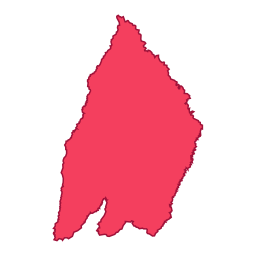 outline of Gaúcha do Norte, Mato Grosso, Brazil
{"feature_id": "56859067B19542513591026", "entity_name": "Gaúcha do Norte", "entity_type": "district", "adm_level": 2, "iso_a3": "BRA", "parent_name": "Brazil", "parent_adm1": "Mato Grosso", "projection": "orthographic", "projection_center": [-53.491, -12.873], "detail": "fine", "context": "isolated", "style": "filled", "palette": "rose", "viewbox_px": 256, "rotation_deg": 0, "n_neighbors": 0, "source": "geoboundaries", "source_scale": "gbopen_adm2", "svg_char_len": 5796}
<svg xmlns="http://www.w3.org/2000/svg" viewBox="0 0 256 256"><path d="M168.9,219.2L169.9,217.9L170.4,218.0L170.4,217.2L171.2,217.2L170.5,214.1L169.5,212.6L170.9,212.3L171.1,211.4L172.0,210.8L171.3,207.6L170.4,207.1L170.9,206.1L169.7,206.0L169.6,204.6L170.3,204.8L172.2,203.7L171.0,202.3L172.3,201.0L172.6,199.3L172.2,197.9L173.3,197.3L172.8,196.8L174.9,195.5L175.1,193.7L175.9,192.9L175.7,192.2L177.0,191.2L176.3,191.1L176.1,190.2L177.5,189.1L176.9,188.3L178.5,187.4L177.9,186.4L179.4,185.1L178.5,184.4L179.9,184.2L179.8,182.8L179.2,182.6L179.4,181.9L180.6,181.4L180.2,180.2L181.4,179.7L181.5,180.5L182.0,180.5L181.7,178.4L182.6,178.3L183.1,176.4L184.7,175.4L184.6,174.7L183.7,174.4L183.9,173.9L183.2,173.9L184.7,173.2L185.1,172.3L185.7,172.4L185.2,171.4L186.0,170.7L184.6,169.9L186.3,168.6L186.3,168.0L187.8,169.6L187.6,168.4L190.3,166.9L190.1,164.7L191.3,164.6L190.5,162.4L191.3,161.9L192.3,162.5L192.0,160.9L192.7,160.2L192.1,159.3L192.8,159.0L191.9,158.2L191.1,159.0L190.9,155.7L192.1,155.5L192.1,156.7L192.5,156.7L192.4,154.4L193.6,154.1L192.7,152.9L194.0,153.1L193.1,151.1L194.1,150.7L193.5,150.0L194.5,149.3L195.2,150.1L195.6,149.8L194.3,148.2L196.4,146.6L195.7,145.9L195.4,144.9L195.9,144.0L195.0,143.4L194.8,141.7L196.1,140.7L196.1,139.5L197.7,139.5L196.8,138.2L197.8,138.1L198.1,137.4L199.4,136.6L198.6,135.9L199.4,135.3L199.5,134.4L200.5,135.7L200.7,135.3L200.3,131.4L201.2,128.7L202.4,129.0L202.4,125.2L200.5,124.5L200.2,122.4L198.6,121.9L198.4,120.7L193.5,118.4L193.0,117.5L193.4,116.1L192.7,115.2L190.7,114.9L190.6,114.1L193.8,111.7L192.4,111.1L189.6,112.6L189.2,110.1L189.5,108.4L188.3,109.0L187.9,108.3L188.3,105.3L186.5,103.2L185.5,103.9L185.1,103.5L187.0,101.8L186.7,100.0L187.7,100.1L188.0,98.9L190.2,98.3L189.3,96.8L189.7,95.8L187.3,93.7L184.3,93.4L184.6,90.2L183.5,89.5L182.8,87.5L181.4,86.1L180.1,86.0L179.6,88.7L178.7,88.7L178.2,87.7L179.1,85.5L178.8,84.7L178.1,84.4L176.7,85.4L176.1,85.1L176.2,83.9L177.1,82.9L176.8,81.8L175.5,81.5L174.6,80.4L170.7,79.0L170.1,76.9L168.3,75.2L168.5,72.9L167.6,70.7L169.1,69.2L166.8,67.0L166.9,65.4L164.0,64.8L164.4,62.8L164.0,62.1L161.9,62.5L159.8,60.7L158.5,57.6L158.5,55.3L156.1,55.7L154.8,57.5L153.9,54.9L152.1,53.9L151.8,52.5L149.8,50.7L148.2,50.2L147.7,51.5L146.8,50.9L144.7,50.7L144.6,50.0L146.0,48.4L145.5,47.6L143.8,47.0L143.4,45.9L145.7,43.3L144.7,42.1L141.3,41.0L140.8,39.2L141.0,35.1L140.4,34.3L139.0,33.9L138.5,32.7L139.1,30.1L136.4,29.5L135.6,28.7L135.8,26.1L134.8,25.3L133.0,25.4L132.3,23.8L129.4,22.6L128.2,20.7L127.3,20.6L126.1,21.7L125.1,21.8L123.3,16.7L121.4,17.6L120.5,16.8L119.3,16.7L118.5,15.4L117.9,15.5L116.8,16.3L116.9,17.8L119.2,22.2L119.6,25.2L118.1,25.5L117.7,26.4L117.5,27.9L118.1,29.5L117.3,31.9L116.5,32.0L116.1,34.2L113.0,36.1L113.1,38.3L111.3,39.9L111.6,40.2L111.0,41.8L111.8,44.9L111.3,45.9L110.2,45.9L110.8,47.9L110.4,48.8L108.0,50.4L106.8,52.4L105.5,52.6L105.8,53.3L104.7,55.8L103.5,56.2L103.6,57.8L102.5,58.4L101.5,59.9L101.5,60.9L100.0,64.6L98.7,66.0L97.5,65.8L97.0,66.5L96.6,67.4L97.2,68.4L96.3,69.3L95.7,71.4L94.3,72.2L93.8,73.5L92.5,73.5L91.6,74.6L90.4,74.6L90.2,76.3L89.5,76.3L88.7,78.0L88.8,79.2L87.6,79.9L87.6,81.8L88.2,82.3L87.7,86.5L89.0,87.0L89.0,89.0L90.3,89.7L90.5,90.9L89.1,94.0L87.9,94.7L86.9,96.9L87.5,97.8L87.4,99.0L87.0,98.9L87.4,100.7L86.7,100.7L86.1,101.9L86.8,102.6L85.5,103.3L85.9,104.7L85.4,104.6L84.8,106.5L83.7,106.2L82.5,107.7L82.8,109.1L82.0,109.4L82.5,112.2L84.0,113.2L83.4,113.3L83.4,114.8L82.8,115.0L83.2,116.9L82.5,117.4L82.5,118.4L81.1,118.8L80.3,119.9L79.8,122.1L79.0,122.2L79.2,123.3L76.7,124.4L77.3,126.1L75.9,127.8L76.8,128.6L76.3,128.5L74.7,130.9L74.7,130.2L73.0,131.0L73.2,131.9L71.9,132.9L72.5,134.5L71.7,135.6L71.4,137.7L70.9,137.6L69.6,139.5L68.1,140.0L67.6,141.0L66.1,141.2L65.9,143.2L64.7,145.0L65.7,146.9L65.8,149.6L66.6,149.9L66.6,153.6L65.7,156.2L64.1,157.8L63.4,159.6L63.1,161.1L63.8,163.0L62.8,164.3L63.0,167.8L61.2,172.7L62.3,174.4L63.3,178.4L63.2,182.4L62.5,185.1L63.3,186.3L62.7,186.9L62.2,186.7L61.2,188.3L61.6,189.5L61.1,190.5L61.9,191.5L62.0,193.1L61.3,195.9L61.6,196.4L60.8,197.5L61.1,198.5L60.0,201.5L60.6,202.3L60.1,203.0L60.5,203.4L60.1,204.2L60.4,205.9L59.8,206.7L60.4,207.7L59.8,208.2L60.1,209.1L59.6,211.4L58.6,212.4L59.2,215.2L58.2,216.0L58.8,217.8L58.3,218.6L58.7,219.3L58.0,219.6L57.9,221.8L55.2,223.8L55.2,226.2L53.6,228.4L54.7,228.5L55.2,229.6L54.6,230.1L55.1,230.9L54.9,231.9L53.7,232.4L53.6,233.0L54.4,232.7L53.9,234.6L55.0,235.0L54.7,236.3L55.3,237.4L54.0,239.7L57.0,240.6L59.1,238.6L62.0,239.3L62.5,240.3L64.5,237.8L67.3,237.8L68.5,238.7L72.4,236.3L73.8,232.2L77.6,230.7L81.4,227.8L81.2,225.7L84.4,222.7L84.3,222.2L84.9,222.3L85.7,219.6L87.2,217.9L87.1,216.1L88.1,216.1L89.2,214.1L90.2,213.6L90.4,212.5L91.0,213.2L92.6,213.2L94.9,211.7L96.4,211.5L96.5,210.6L98.2,210.3L97.9,208.9L98.3,208.2L99.6,208.5L99.4,207.8L100.2,205.8L101.0,205.3L100.8,204.3L101.8,204.2L102.4,202.3L101.9,202.1L102.8,199.9L103.5,199.7L103.6,198.7L105.1,198.5L105.6,197.7L106.2,198.9L105.7,199.6L107.1,200.0L106.1,200.7L107.0,202.6L105.7,206.7L106.0,207.5L104.9,209.0L105.9,211.7L104.2,215.6L101.0,219.9L100.8,221.8L99.1,222.3L98.6,223.7L97.8,224.1L99.1,225.1L99.6,227.8L98.6,227.9L96.7,230.7L97.4,231.2L98.2,230.8L98.7,231.7L98.3,232.8L99.6,235.1L104.5,234.3L106.4,234.6L107.2,236.1L109.2,236.4L114.8,234.3L116.3,232.4L117.8,232.2L119.9,229.5L121.9,229.0L123.2,225.5L125.6,222.4L125.4,221.5L130.6,222.0L131.6,220.9L133.3,221.5L132.1,223.1L133.9,226.0L135.4,226.1L136.1,227.1L138.2,227.6L139.3,228.7L142.6,228.2L143.4,228.8L146.5,228.9L147.2,229.5L146.9,232.6L147.6,233.5L149.4,233.9L152.5,236.0L154.5,235.8L155.5,233.4L157.8,231.5L157.4,230.3L161.1,228.2L161.5,226.5L163.0,225.8L162.9,224.7L164.0,223.8L163.6,223.3L164.7,222.4L164.6,221.6L165.6,221.9L165.2,221.2L166.8,220.6L166.6,220.0L168.9,219.2Z" fill="#f43f5e" stroke="#9f1239" stroke-width="1.5"/></svg>